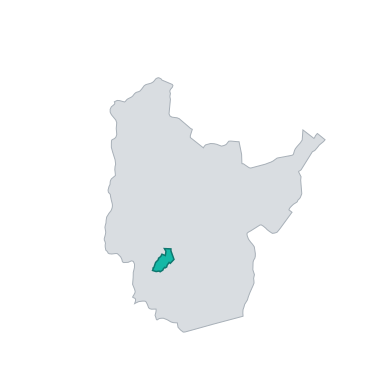 Mundri East, Western Equatoria, South Sudan shown in context, rotated 38°
{"feature_id": "79223893B67918062022173", "entity_name": "Mundri East", "entity_type": "district", "adm_level": 2, "iso_a3": "SSD", "parent_name": "South Sudan", "parent_adm1": "Western Equatoria", "projection": "equal_earth", "projection_center": [30.696, 5.301], "detail": "fine", "context": "in_parent", "style": "filled", "palette": "teal", "viewbox_px": 384, "rotation_deg": 38, "n_neighbors": 0, "source": "geoboundaries", "source_scale": "gbopen_adm2", "svg_char_len": 4084}
<svg xmlns="http://www.w3.org/2000/svg" viewBox="0 0 384 384"><g transform="rotate(38 192 192)"><path d="M281.6,294.6L273.0,306.2L272.4,306.9L271.3,307.8L267.9,307.8L264.3,307.2L261.0,304.2L257.6,306.5L255.5,307.3L254.2,307.5L251.2,307.9L247.1,309.1L245.2,310.7L244.1,311.9L243.3,314.2L242.9,314.4L242.1,314.2L241.0,313.3L238.8,311.9L237.6,309.1L236.6,307.3L235.7,306.4L232.2,309.3L230.5,310.0L229.0,309.9L226.5,308.3L223.6,306.9L222.2,306.9L220.0,308.6L217.5,311.2L216.2,313.7L215.5,315.3L214.7,312.9L213.8,311.5L212.6,310.9L210.2,311.5L209.7,310.7L209.5,308.7L209.2,306.9L208.6,305.5L206.8,304.1L202.0,301.3L198.4,295.8L196.5,293.2L195.2,291.5L193.3,287.2L191.1,284.2L188.5,282.8L186.7,283.5L185.0,286.7L181.6,289.7L180.1,289.8L178.1,288.2L175.6,287.0L171.1,286.5L169.3,287.9L166.9,290.3L164.8,291.6L163.5,291.8L162.4,291.2L161.0,290.9L159.9,290.9L157.5,288.8L156.2,287.2L155.4,285.7L154.1,284.7L152.5,283.9L151.4,282.5L150.8,280.9L149.9,278.8L148.8,276.8L145.1,273.4L144.1,271.4L143.3,269.4L141.8,267.2L140.2,264.3L139.7,260.0L139.7,256.6L139.3,255.0L138.7,253.4L137.9,252.0L136.6,250.5L133.7,248.3L130.6,245.7L129.1,244.2L126.3,243.7L124.7,242.2L123.3,239.0L122.7,236.4L121.3,234.4L120.7,233.0L120.4,231.3L121.5,226.2L119.9,224.4L117.5,222.0L115.8,219.5L114.7,217.1L111.6,214.0L104.9,209.4L101.0,206.5L98.9,203.8L97.0,201.2L96.8,200.1L98.1,197.5L98.2,195.4L97.3,193.0L93.2,188.6L90.0,183.7L87.6,182.2L81.7,180.9L80.0,180.3L78.3,179.4L76.6,177.2L76.0,174.6L76.9,170.4L76.3,169.2L75.3,168.8L75.6,168.0L76.7,165.9L78.6,164.6L83.4,162.6L83.7,161.8L83.8,159.2L84.2,157.9L85.9,154.3L86.2,152.9L86.2,149.9L86.5,148.4L87.0,147.4L88.3,145.6L88.8,144.5L89.0,142.2L88.9,137.6L89.6,135.7L92.7,131.5L93.5,129.7L93.8,128.0L93.8,126.3L93.9,124.6L94.9,122.9L95.6,122.4L97.9,121.9L99.4,122.3L110.2,119.4L111.4,119.8L112.0,121.5L111.9,124.2L112.1,125.5L112.7,126.5L114.4,127.7L115.5,129.9L116.1,130.7L117.9,132.2L125.8,144.6L128.0,145.7L130.2,145.3L134.6,142.7L136.8,142.1L151.9,142.8L153.6,142.4L153.7,142.5L156.0,148.7L157.1,150.1L173.8,150.2L173.5,148.4L173.7,146.5L176.6,142.6L177.0,142.2L179.6,140.4L182.1,139.2L187.0,137.7L188.7,135.5L189.7,133.4L189.7,129.4L190.4,128.7L191.5,127.8L197.1,124.2L198.1,123.4L207.9,131.8L213.5,138.5L213.8,138.8L214.1,138.9L214.4,138.7L214.6,138.4L215.3,138.1L217.7,138.0L222.1,137.7L223.6,136.9L232.6,125.0L234.9,121.2L235.5,120.4L236.8,117.7L238.1,113.1L238.4,112.6L248.2,101.5L248.6,100.6L248.7,99.9L247.2,96.1L246.8,94.2L246.8,91.3L247.1,86.8L246.9,83.9L246.8,83.1L246.7,83.0L241.2,74.8L255.1,74.7L255.1,73.7L255.1,73.4L254.8,72.4L254.6,71.1L254.7,70.4L254.7,69.7L254.7,69.3L254.7,69.0L254.7,68.9L254.8,68.7L264.7,68.9L264.6,71.2L263.4,76.6L263.4,79.9L263.2,83.6L262.8,84.7L262.3,85.6L262.1,86.1L262.1,86.5L264.3,107.3L264.1,108.2L263.6,109.5L263.4,109.9L263.4,110.2L263.6,110.5L268.2,112.7L268.5,112.8L268.6,113.0L270.3,115.7L279.4,125.6L279.7,126.1L280.6,129.2L280.7,129.7L280.8,130.4L280.8,131.0L280.5,132.9L280.6,133.7L280.8,134.3L280.9,134.9L280.9,135.1L280.8,135.6L279.5,139.2L279.1,141.7L278.9,143.9L279.0,145.1L279.2,145.9L279.3,146.2L279.4,146.4L283.3,146.4L283.3,147.5L283.9,166.4L283.9,168.5L283.8,171.2L283.3,172.2L282.2,173.7L280.8,175.1L277.3,175.4L274.4,175.4L272.3,175.1L269.4,175.0L266.7,175.3L265.8,176.4L262.2,186.5L261.1,189.0L260.8,190.5L261.2,191.3L262.6,192.6L265.6,194.4L269.1,195.4L271.7,195.9L273.5,196.4L274.9,196.9L279.8,201.5L281.4,203.6L282.3,205.5L282.5,207.5L283.2,209.5L287.8,215.8L292.1,218.7L293.7,222.1L295.3,223.7L296.9,225.5L297.7,228.1L299.6,235.7L300.8,239.6L302.1,242.9L302.7,248.2L303.7,250.5L304.7,253.4L306.5,256.0L308.3,258.0L308.7,258.5L290.0,283.2L281.6,294.6Z" fill="#d9dde1" stroke="#a8b0b8" stroke-width="1"/><path d="M217.3,261.6L218.8,261.6L219.3,256.2L211.7,251.4L210.4,249.8L205.1,253.6L208.0,254.8L210.1,258.5L206.6,259.5L207.1,262.1L206.4,264.8L207.1,266.0L206.7,269.9L208.4,274.9L208.1,276.0L208.7,276.2L209.2,278.1L212.7,276.8L214.8,274.5L216.0,274.5L217.1,271.5L216.7,270.1L216.9,268.2L217.6,268.2L218.2,266.6L217.5,265.2L217.3,261.6Z" fill="#14b8a6" stroke="#0f766e" stroke-width="1.5"/></g></svg>